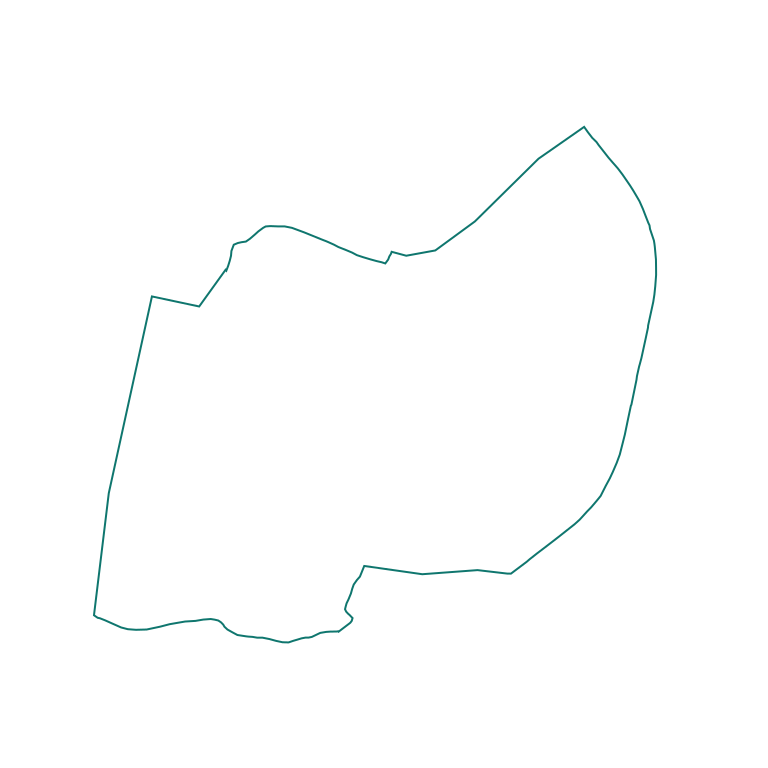 Belle Vue Estate, Gros Islet, Saint Lucia (orthographic projection), rotated 192°
{"feature_id": "8701671B25390904232189", "entity_name": "Belle Vue Estate", "entity_type": "district", "adm_level": 2, "iso_a3": "LCA", "parent_name": "Saint Lucia", "parent_adm1": "Gros Islet", "projection": "orthographic", "projection_center": [-60.946, 14.088], "detail": "fine", "context": "isolated", "style": "outline", "palette": "teal", "viewbox_px": 768, "rotation_deg": 192, "n_neighbors": 0, "source": "geoboundaries", "source_scale": "gbopen_adm2", "svg_char_len": 2233}
<svg xmlns="http://www.w3.org/2000/svg" viewBox="0 0 768 768"><g transform="rotate(192 384 384)"><path d="M629.2,421.4L630.5,220.0L619.6,97.5L615.5,95.8L613.2,95.8L607.4,94.8L599.5,93.1L590.5,91.2L583.6,90.9L575.5,92.0L565.1,94.5L552.5,100.1L543.7,104.5L536.2,107.5L529.2,110.3L519.1,113.1L511.8,116.0L504.6,118.1L500.6,118.3L496.9,118.2L493.9,117.0L491.2,115.2L489.6,113.4L486.1,111.3L480.7,109.6L475.2,108.0L466.5,108.5L464.3,108.7L460.1,109.3L455.4,109.5L450.2,110.6L443.0,110.7L436.1,110.3L429.5,110.3L423.6,111.4L419.4,113.9L415.5,116.0L411.7,118.1L408.1,119.6L405.2,120.2L402.0,121.6L398.1,124.6L394.6,127.3L389.0,129.5L384.8,130.7L379.0,132.0L377.1,132.7L377.5,131.6L368.2,142.4L367.3,143.5L366.3,145.6L366.1,148.5L369.8,151.0L371.3,151.8L373.7,153.5L375.3,155.6L375.2,158.6L375.0,161.7L374.0,165.7L372.8,172.2L372.5,177.1L371.9,181.6L369.7,186.7L367.5,190.6L366.5,196.2L365.5,201.9L307.0,205.9L253.8,221.4L223.8,224.2L220.4,224.9L207.5,239.7L205.0,243.0L199.0,250.2L189.3,261.5L181.5,270.7L168.4,286.5L164.4,292.0L158.8,301.6L155.7,306.5L151.7,313.9L148.8,319.6L146.0,330.2L143.5,338.7L141.9,345.6L140.0,355.1L138.7,364.0L138.3,374.1L137.9,384.5L138.0,400.3L138.0,414.2L137.7,415.1L137.9,440.7L138.2,444.2L138.1,454.0L137.9,456.9L137.6,462.9L137.5,483.0L137.5,494.1L137.8,496.0L137.7,518.4L137.7,520.3L138.1,527.6L139.0,536.1L140.5,547.2L142.1,554.5L143.9,562.4L147.6,574.4L148.6,577.3L149.8,580.4L156.0,590.9L157.3,594.4L159.0,596.6L163.4,603.3L167.1,609.0L172.1,615.9L175.7,619.9L180.4,625.0L184.6,629.3L194.3,638.5L200.2,643.6L206.5,648.3L211.5,652.1L214.6,654.7L223.7,662.3L226.5,664.9L231.4,668.0L236.7,672.5L241.7,677.1L279.7,636.5L328.9,561.9L361.6,525.3L388.9,514.1L404.0,514.9L404.3,512.6L405.3,509.9L405.8,506.6L407.8,502.2L411.6,502.6L416.8,502.7L423.4,503.1L430.8,503.7L437.3,504.4L442.5,505.9L448.8,507.1L457.1,508.5L462.0,509.9L468.0,511.2L471.1,511.8L471.9,511.9L475.5,512.5L493.5,515.7L506.5,517.6L514.0,517.5L520.6,516.1L528.1,514.8L532.5,513.5L534.7,511.6L538.6,507.2L541.5,503.2L545.4,498.1L548.7,494.6L552.8,493.1L556.3,491.5L559.9,489.0L560.9,482.4L560.3,477.6L560.5,472.4L561.0,467.1L561.8,462.1L562.7,462.8L580.9,421.4L605.0,421.4L629.2,421.4Z" fill="none" stroke="#0f766e" stroke-width="2"/></g></svg>